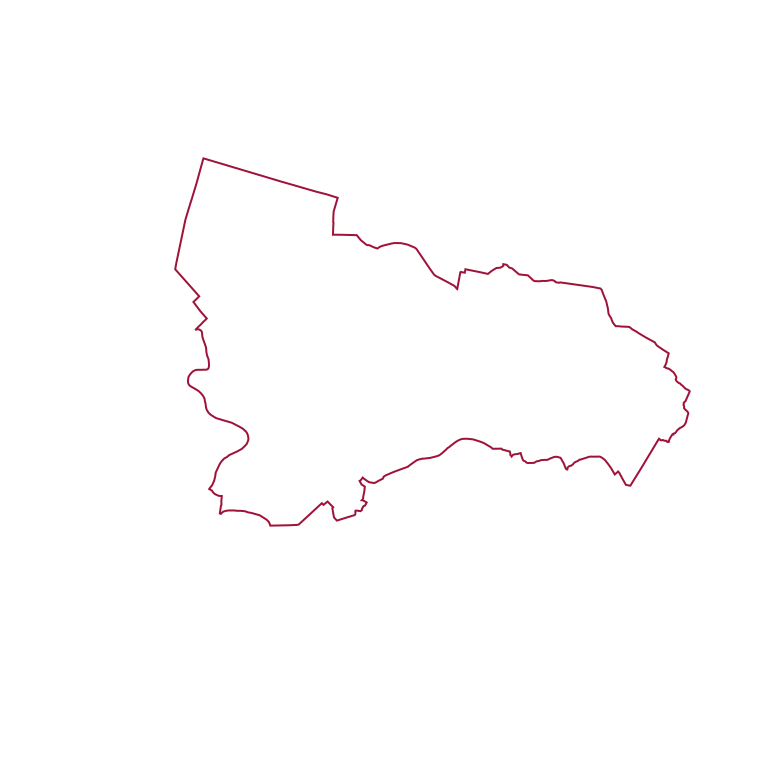 Mediesu Aurit, Satu Mare, Romania, rotated 33°
{"feature_id": "2599482B60738001059881", "entity_name": "Mediesu Aurit", "entity_type": "district", "adm_level": 2, "iso_a3": "ROU", "parent_name": "Romania", "parent_adm1": "Satu Mare", "projection": "albers", "projection_center": [23.173, 47.794], "detail": "fine", "context": "isolated", "style": "outline", "palette": "rose", "viewbox_px": 768, "rotation_deg": 33, "n_neighbors": 0, "source": "geoboundaries", "source_scale": "gbopen_adm2", "svg_char_len": 6129}
<svg xmlns="http://www.w3.org/2000/svg" viewBox="0 0 768 768"><g transform="rotate(33 384 384)"><path d="M365.8,564.7L382.3,553.5L387.7,549.6L389.0,548.4L396.8,517.8L399.1,518.3L400.7,513.3L408.6,515.1L408.3,516.3L414.7,523.1L418.9,524.2L427.5,513.8L430.9,509.8L430.9,509.2L430.4,507.9L429.9,507.1L429.3,506.5L429.2,506.2L429.2,505.6L429.4,505.4L430.8,504.7L432.9,503.7L433.5,503.5L434.1,501.9L434.0,501.6L433.5,500.8L433.4,497.4L434.3,496.3L434.0,492.8L431.6,492.9L429.2,493.2L428.7,493.5L428.9,491.5L427.9,489.7L426.0,484.8L423.8,480.5L420.3,480.5L419.9,480.5L416.3,478.6L416.9,477.4L417.1,474.1L418.5,474.3L422.5,474.5L424.5,474.5L425.9,474.1L429.1,472.7L430.1,472.0L431.0,470.5L432.1,468.2L434.6,464.0L434.6,463.7L434.5,463.0L434.2,462.1L434.2,461.9L435.0,460.1L437.3,456.5L440.1,452.4L443.5,447.8L449.3,440.1L449.2,439.8L450.8,435.5L452.9,430.4L453.2,429.8L454.4,428.3L456.5,426.0L458.2,424.8L463.1,420.7L467.5,415.9L469.0,414.0L469.5,412.9L470.4,410.3L471.7,405.6L472.2,403.1L473.0,401.5L473.5,399.8L475.8,393.3L477.3,390.4L477.8,389.6L478.8,388.3L480.3,386.8L483.3,384.8L485.7,383.5L488.3,382.2L489.3,381.8L495.8,380.0L498.5,379.4L500.9,379.1L508.2,378.8L509.5,379.0L510.3,379.2L517.8,374.2L518.3,374.5L518.8,374.6L526.4,372.1L526.7,372.6L527.9,373.5L528.6,374.7L529.0,374.9L529.8,374.9L530.5,375.3L530.8,373.0L531.9,371.8L534.1,370.0L534.4,369.5L535.1,369.0L535.3,368.4L536.2,367.5L539.5,370.3L542.0,372.1L542.6,372.3L544.9,372.0L546.3,372.3L547.0,372.2L547.8,371.8L551.1,369.6L553.0,368.2L553.8,366.3L554.2,365.7L554.6,365.2L555.7,364.4L556.0,364.0L556.7,362.9L557.2,362.3L560.5,359.8L562.2,358.8L564.0,355.9L566.0,353.1L567.1,351.9L568.6,350.9L572.0,349.8L572.8,350.0L578.0,352.7L578.9,353.3L580.7,354.7L582.7,356.0L583.6,356.1L584.1,356.0L584.3,355.9L584.2,355.5L583.6,354.0L583.6,353.5L583.8,352.8L584.3,351.7L585.2,350.9L585.8,349.7L586.2,348.4L586.5,346.1L587.4,344.5L588.5,343.0L589.2,340.9L589.4,340.7L589.8,340.6L595.7,333.3L596.8,332.4L600.7,329.9L604.3,327.5L604.8,327.3L607.1,327.1L610.7,327.4L616.0,329.2L620.1,330.8L626.8,334.2L628.0,330.0L628.3,330.2L628.6,330.1L629.4,330.2L632.9,332.1L634.8,333.2L641.8,336.8L644.7,335.7L646.0,335.1L645.7,322.7L645.6,315.8L644.4,280.1L645.1,280.1L646.1,280.5L647.1,280.3L647.4,280.2L648.0,279.4L648.4,279.1L649.2,278.9L649.5,279.0L650.4,278.7L651.1,278.3L651.5,277.9L652.4,278.0L652.9,278.3L653.4,278.2L654.2,277.6L654.4,277.2L653.9,276.9L653.4,273.8L653.3,269.3L653.4,268.9L654.1,268.9L654.3,268.7L654.0,268.0L654.0,267.7L654.9,266.6L655.0,266.1L655.1,265.5L655.0,264.4L655.4,262.0L656.3,259.4L657.1,258.3L657.5,257.2L658.0,256.2L658.3,254.7L658.2,252.1L658.0,251.6L657.9,251.1L657.4,249.8L656.4,246.7L655.8,245.0L655.3,243.0L654.9,242.6L654.1,242.1L653.1,241.8L649.7,241.2L648.8,240.8L648.3,240.0L647.8,239.2L647.1,238.7L646.5,238.4L646.3,237.3L645.8,236.8L645.6,236.3L646.2,234.2L644.5,223.9L644.1,223.4L643.3,223.3L640.5,223.6L639.3,223.7L637.1,223.3L635.7,222.9L633.2,222.7L632.3,222.3L630.8,222.6L628.5,222.4L627.4,222.1L626.2,221.4L625.9,219.8L625.7,219.3L625.4,218.9L622.6,217.4L620.1,216.4L618.6,216.4L616.4,216.1L614.2,216.1L613.8,216.4L612.7,216.7L609.8,217.0L609.8,215.8L609.6,214.2L609.3,212.8L609.0,211.5L608.6,210.7L608.0,209.7L607.7,208.7L607.4,207.2L606.1,203.2L598.7,203.3L592.2,203.1L590.5,202.6L588.4,201.6L582.8,202.0L578.2,202.4L569.3,202.7L567.1,202.6L563.0,202.9L561.0,202.8L559.1,202.5L557.9,202.9L551.3,206.8L548.5,208.2L546.9,209.3L545.1,208.8L542.9,208.0L541.2,207.0L538.5,205.0L536.2,204.0L534.6,203.2L533.8,202.5L532.3,200.7L530.7,198.8L525.2,193.5L523.6,192.5L518.9,189.2L515.5,186.6L513.6,186.0L505.9,189.1L476.5,202.8L475.5,203.9L472.5,205.1L471.7,204.8L470.5,204.8L469.6,204.9L468.6,205.2L467.7,205.8L466.3,207.0L465.5,207.9L464.7,208.6L462.4,210.3L460.6,211.3L459.8,212.0L458.9,212.9L454.4,215.6L453.3,215.8L452.6,215.8L445.5,214.5L437.6,218.5L428.5,217.3L425.5,218.1L422.1,217.2L418.8,218.5L419.7,220.1L418.2,223.1L415.1,225.5L412.7,230.5L411.2,235.1L404.7,237.5L389.8,243.4L391.1,246.7L387.6,248.1L387.7,248.5L387.2,248.8L393.7,264.5L393.4,264.5L390.2,263.5L389.4,263.4L382.0,263.9L368.3,265.2L366.4,265.0L358.8,262.0L337.8,253.1L336.3,252.9L335.4,252.9L333.0,253.3L328.0,254.2L325.0,255.3L321.2,256.8L319.8,257.7L316.1,260.0L313.9,262.0L307.9,268.4L306.4,270.3L306.0,271.0L305.7,271.5L304.7,274.0L304.4,274.0L301.1,274.9L296.4,275.5L296.0,275.6L294.3,276.6L293.1,276.8L289.3,276.3L286.8,276.1L284.6,275.5L280.1,274.0L267.4,281.8L259.9,286.6L255.4,279.1L253.9,276.3L253.6,276.1L253.3,276.0L250.3,271.1L247.8,266.7L243.8,253.1L232.5,256.2L222.5,259.6L186.3,270.6L109.7,293.1L110.1,294.6L117.4,317.6L119.0,323.1L122.4,334.9L122.6,335.7L124.7,343.2L127.9,354.2L144.0,395.8L146.4,401.5L181.3,411.1L179.5,419.0L188.7,422.4L192.8,423.7L199.7,425.6L199.1,428.5L198.7,429.8L197.9,434.3L197.2,437.0L196.3,441.5L197.7,439.6L199.5,438.9L200.9,438.9L202.1,439.0L203.3,440.0L205.5,442.7L206.6,443.9L209.5,446.2L211.7,447.8L214.7,450.2L216.0,451.7L217.3,453.5L218.9,455.3L220.9,457.1L222.3,458.0L223.7,459.2L226.1,462.3L227.1,463.6L227.7,464.8L228.2,466.3L228.1,467.5L227.4,468.5L226.6,469.2L225.4,469.9L223.8,471.1L219.8,473.7L218.4,474.9L217.0,477.3L216.4,479.4L216.2,481.2L216.1,483.1L216.3,484.9L217.4,487.2L218.3,488.9L219.7,490.2L221.6,491.2L224.1,491.2L229.3,490.9L232.4,490.9L236.1,491.6L239.0,492.6L241.5,494.1L243.2,496.0L245.0,497.6L247.2,500.3L249.4,502.2L252.5,503.7L255.6,504.2L261.6,504.1L270.2,501.6L273.7,500.5L277.5,499.4L286.7,498.5L290.6,498.4L292.6,498.9L293.3,498.8L295.5,499.6L297.4,500.8L300.0,503.5L300.9,505.6L301.5,508.9L301.0,512.2L300.0,516.1L297.4,520.9L292.9,527.9L292.1,530.7L290.6,533.4L289.9,537.0L289.8,540.5L291.1,549.9L292.8,553.5L294.2,557.5L295.0,562.4L294.6,566.5L294.6,567.3L297.9,567.1L298.3,567.4L300.5,568.2L302.1,568.4L304.9,568.1L306.4,567.7L307.2,567.4L309.0,566.3L311.5,571.1L312.8,572.8L313.4,573.6L313.5,574.1L313.5,574.8L314.6,577.1L316.8,582.0L317.9,581.8L318.2,580.2L318.7,578.6L320.5,576.5L322.4,574.8L327.1,571.7L329.8,570.4L332.9,568.4L336.8,566.4L340.2,565.6L342.8,564.4L351.3,561.8L359.3,561.7L362.5,562.4L365.3,564.2L365.8,564.7Z" fill="none" stroke="#9f1239" stroke-width="2"/></g></svg>